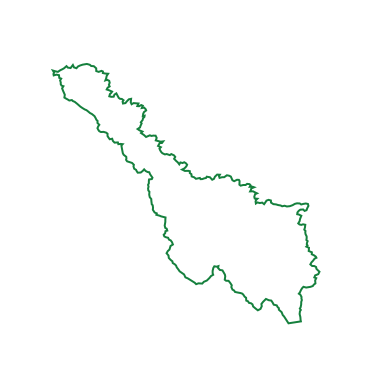 outline of Bocaiúva do Sul, Paraná, Brazil, rotated 258°
{"feature_id": "56859067B26330855043350", "entity_name": "Bocaiúva do Sul", "entity_type": "district", "adm_level": 2, "iso_a3": "BRA", "parent_name": "Brazil", "parent_adm1": "Paraná", "projection": "equal_earth", "projection_center": [-48.883, -25.099], "detail": "fine", "context": "isolated", "style": "outline", "palette": "green", "viewbox_px": 384, "rotation_deg": 258, "n_neighbors": 0, "source": "geoboundaries", "source_scale": "gbopen_adm2", "svg_char_len": 5802}
<svg xmlns="http://www.w3.org/2000/svg" viewBox="0 0 384 384"><g transform="rotate(258 192 192)"><path d="M339.7,81.2L337.4,81.9L336.2,81.0L334.8,81.0L335.0,83.8L333.9,86.2L331.2,85.9L330.1,87.6L328.6,86.2L326.4,86.4L324.8,86.0L323.2,86.5L322.2,88.2L320.4,86.5L317.9,86.9L313.6,87.8L310.9,86.8L309.5,88.3L308.2,89.8L307.0,91.0L306.9,93.6L305.7,94.4L304.6,96.0L302.3,97.9L300.3,99.4L298.8,100.5L296.9,102.3L295.0,104.3L294.0,105.8L292.2,107.3L290.4,108.7L289.1,110.3L286.5,112.4L284.3,113.1L282.5,113.5L281.2,114.4L279.2,113.9L277.0,115.3L275.7,113.9L274.1,112.8L272.5,113.2L270.8,113.9L269.6,115.4L269.2,118.0L267.9,120.4L266.6,121.5L264.3,121.0L262.2,121.8L260.7,122.5L260.7,125.0L258.5,125.2L256.4,126.5L255.9,129.8L254.1,129.9L253.9,132.1L253.2,134.1L252.1,132.6L249.3,132.5L244.3,132.4L242.6,132.9L241.2,134.1L240.1,135.0L238.4,134.8L237.2,134.2L235.5,134.9L234.3,137.0L232.9,139.4L230.7,140.8L229.3,140.1L226.8,140.3L225.3,141.9L224.0,142.2L222.2,142.9L221.7,145.9L222.8,148.1L224.1,149.9L222.2,151.0L220.8,152.7L220.2,154.3L218.0,154.7L216.1,155.5L214.2,156.3L213.0,155.4L213.2,152.6L211.8,152.1L209.5,151.6L208.1,150.5L206.2,150.6L204.7,149.8L202.6,149.6L201.1,150.4L198.3,149.6L195.7,149.6L193.6,150.7L191.8,150.4L188.3,150.1L187.2,150.8L184.7,150.6L182.8,150.0L179.7,151.2L178.4,153.1L177.1,152.4L175.6,155.3L174.6,156.7L172.6,160.8L170.2,160.1L168.3,159.7L164.8,158.3L162.4,158.4L161.4,159.6L159.4,159.8L159.2,157.9L157.3,157.2L156.0,155.4L154.3,155.7L153.1,157.2L152.2,159.1L150.2,159.6L149.1,161.1L147.1,162.0L144.6,162.4L143.7,159.8L140.4,158.0L139.3,156.1L137.4,154.4L134.8,155.8L132.3,155.6L130.0,157.0L128.3,158.4L126.5,158.4L124.9,160.1L123.4,161.1L121.5,161.4L119.2,162.5L117.0,163.4L114.5,165.7L113.0,167.1L109.9,167.8L108.4,169.9L102.7,175.8L101.0,176.9L101.3,179.4L100.3,183.0L101.7,184.9L102.3,188.1L104.2,191.1L105.9,193.2L106.6,195.5L108.3,195.3L110.6,195.8L113.3,197.1L114.7,198.4L113.8,200.6L114.0,202.4L112.3,201.7L110.0,203.0L109.0,205.5L104.4,207.0L102.6,207.0L99.4,205.8L98.1,206.9L97.5,209.3L95.1,210.5L92.5,211.5L90.8,210.7L88.1,211.3L86.9,212.7L85.3,213.3L84.3,215.5L83.0,218.6L82.1,220.1L80.8,220.9L78.7,221.7L77.3,222.9L74.5,222.5L73.4,224.1L71.7,224.7L70.9,226.6L69.5,227.8L67.3,228.0L64.5,230.2L62.6,231.8L63.4,234.7L65.8,236.5L68.0,236.6L69.8,238.7L72.0,242.1L70.2,244.6L69.3,247.0L67.0,247.9L64.8,248.5L63.5,251.3L61.5,251.9L60.3,252.8L58.8,252.5L55.8,254.7L52.7,255.2L51.3,256.1L43.5,259.1L42.8,271.6L44.2,271.6L47.2,272.0L50.3,271.9L52.9,272.8L54.0,273.9L55.5,273.2L56.7,274.3L59.3,275.4L61.8,276.0L63.5,277.0L65.0,276.9L66.6,277.3L69.1,276.6L70.3,275.4L71.4,276.7L73.3,278.1L75.0,279.7L76.1,281.3L74.8,283.8L74.6,288.1L74.9,290.6L76.1,291.9L76.9,293.7L80.0,294.1L81.9,295.6L83.0,293.9L84.8,295.1L85.4,298.4L87.5,300.1L89.6,298.6L91.1,297.7L92.8,297.8L94.1,296.3L94.7,294.1L96.6,292.7L98.3,294.2L99.6,296.1L101.3,298.0L101.8,300.0L103.0,299.7L104.6,298.3L106.2,296.2L108.1,296.7L110.0,293.9L111.3,294.3L113.1,294.8L114.8,292.5L115.8,293.9L117.1,293.4L118.5,294.0L119.9,294.9L121.3,293.9L123.1,294.6L124.8,294.9L127.1,294.3L128.9,294.4L130.3,294.9L131.8,294.0L133.8,295.1L136.4,296.0L137.3,293.9L137.1,292.1L137.9,290.4L139.2,289.4L141.1,291.2L143.0,292.0L144.4,292.9L146.0,294.0L147.7,291.9L148.4,290.3L150.1,290.9L151.4,292.5L152.2,294.3L151.8,297.1L150.1,298.2L150.4,300.2L152.4,301.5L154.2,303.0L156.2,302.9L157.1,300.9L157.2,298.4L157.1,296.2L158.4,295.0L159.1,292.3L159.0,290.1L158.2,287.7L157.8,284.8L158.1,281.8L159.3,279.7L159.3,277.2L160.4,275.9L161.3,273.6L162.4,271.6L163.2,269.1L165.2,267.1L167.3,267.4L168.4,265.3L168.1,263.1L166.4,261.4L165.1,260.0L167.0,258.5L167.1,256.0L168.2,253.8L167.5,252.1L169.4,252.2L170.8,252.9L171.8,254.5L172.6,252.0L174.3,251.9L176.7,253.2L177.2,255.3L178.2,254.0L180.0,251.8L180.5,249.0L181.9,250.1L183.2,250.8L183.7,253.7L184.6,252.3L185.1,249.6L186.3,250.7L187.7,249.9L188.5,247.6L187.7,245.9L188.2,243.4L188.1,240.9L189.3,239.9L192.8,240.8L194.1,240.4L194.6,238.6L193.8,235.5L195.1,234.0L199.0,233.2L200.2,231.7L201.1,229.6L199.8,226.6L200.2,224.4L200.1,221.9L201.9,221.7L203.1,222.8L203.8,220.2L202.2,217.6L200.3,216.2L199.8,214.3L202.7,212.6L203.9,209.6L202.8,208.6L202.8,206.7L202.5,204.8L202.8,203.0L204.1,202.6L204.1,198.6L205.9,197.2L207.3,194.9L209.6,195.1L211.0,193.8L212.8,194.2L213.5,192.7L214.1,189.4L216.0,187.0L216.6,189.3L217.5,190.8L218.5,192.0L219.7,192.9L221.4,192.0L222.7,190.6L222.3,188.8L223.3,186.8L221.7,185.3L223.9,184.3L225.6,183.0L228.2,181.4L229.8,182.9L231.6,182.0L233.4,179.6L232.7,178.0L234.4,175.1L234.4,173.3L236.1,171.1L237.5,170.2L239.5,169.5L241.2,169.2L242.3,170.8L244.1,168.4L246.6,170.6L246.2,172.8L247.5,174.3L247.7,171.9L248.5,170.2L250.0,167.3L252.3,168.7L254.7,168.1L255.2,165.8L255.3,163.9L256.2,162.6L255.4,158.5L257.8,156.8L260.3,154.4L261.4,156.1L263.1,153.6L264.9,151.9L266.0,154.6L267.3,155.3L269.6,157.0L270.8,156.4L272.7,158.7L274.3,159.4L275.3,161.0L276.5,161.5L276.5,159.7L278.8,160.6L280.2,161.7L281.3,164.1L282.6,163.9L284.5,162.7L284.6,160.4L286.6,161.8L287.6,160.4L286.9,158.1L287.4,156.4L289.7,158.0L291.1,153.3L290.4,151.2L292.4,150.7L295.8,151.8L295.8,149.5L294.0,146.8L292.8,145.4L292.9,142.9L294.8,142.9L296.0,144.1L297.6,142.7L298.1,141.0L299.3,139.9L304.2,138.5L303.4,136.4L301.5,135.2L301.9,132.8L302.8,131.0L304.9,132.1L305.7,133.5L306.8,134.7L308.7,132.1L310.0,129.9L311.6,131.2L312.4,133.4L314.1,133.0L316.0,134.2L318.0,134.1L319.4,132.3L319.2,130.5L320.9,131.6L323.3,132.7L325.1,134.5L325.9,131.8L326.9,129.5L328.4,129.9L329.3,128.7L328.9,125.7L330.2,123.5L332.9,124.0L335.5,122.1L336.2,119.6L337.7,118.5L339.1,115.8L339.3,111.6L339.0,108.8L338.5,106.6L337.1,104.7L338.4,102.5L341.0,101.9L338.5,99.0L339.5,96.4L341.2,95.4L339.6,92.5L339.0,90.6L338.5,88.5L337.4,85.8L338.5,83.4L339.7,81.2Z" fill="none" stroke="#15803d" stroke-width="2"/></g></svg>